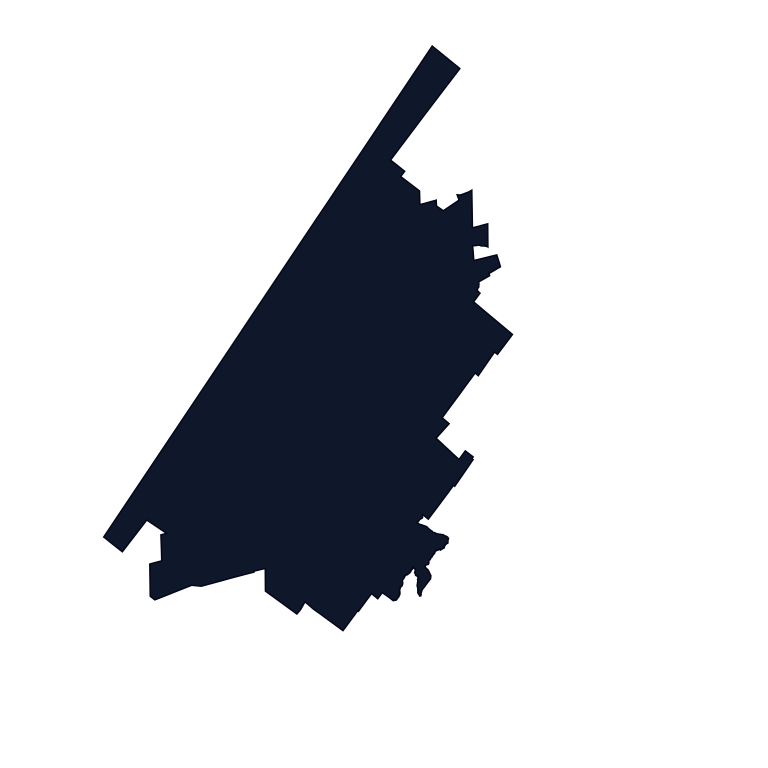 Mount Isa, Queensland, Australia (Equal Earth projection), rotated 34°
{"feature_id": "25037944B13114344079677", "entity_name": "Mount Isa", "entity_type": "district", "adm_level": 2, "iso_a3": "AUS", "parent_name": "Australia", "parent_adm1": "Queensland", "projection": "equal_earth", "projection_center": [139.561, -19.747], "detail": "fine", "context": "isolated", "style": "filled", "palette": "ink", "viewbox_px": 768, "rotation_deg": 34, "n_neighbors": 0, "source": "geoboundaries", "source_scale": "gbopen_adm2", "svg_char_len": 5772}
<svg xmlns="http://www.w3.org/2000/svg" viewBox="0 0 768 768"><g transform="rotate(34 384 384)"><path d="M463.2,610.4L464.5,610.5L467.4,610.6L487.9,611.4L489.0,586.7L489.9,586.7L490.4,574.6L490.6,570.2L490.9,564.7L498.9,565.5L499.2,557.9L508.0,558.1L512.8,558.5L513.3,557.8L513.6,557.7L513.8,557.4L514.0,556.8L514.1,556.7L514.4,556.8L514.7,556.7L515.0,556.2L515.0,555.5L515.0,555.0L515.1,554.7L515.0,554.4L514.9,554.1L514.9,553.9L515.1,553.6L515.0,553.2L515.1,552.9L515.3,552.5L515.2,551.9L515.0,551.6L515.0,551.1L514.8,550.8L514.7,550.4L514.9,550.1L514.9,549.8L514.8,549.6L514.4,549.3L514.4,548.8L514.2,548.4L513.6,548.7L513.4,548.4L513.3,548.2L513.4,547.8L513.3,547.4L513.2,547.1L512.9,546.9L512.6,546.8L512.5,546.4L511.9,545.7L512.0,545.1L511.8,544.6L511.5,544.5L511.2,544.5L511.4,543.7L511.3,543.3L511.5,543.0L511.4,542.4L511.7,541.9L511.8,541.0L511.6,540.3L511.4,539.9L511.4,539.5L510.9,538.7L510.7,538.3L510.3,537.9L510.2,537.9L509.8,537.4L509.5,537.1L509.3,537.0L509.2,536.7L509.0,536.0L509.1,535.3L509.0,535.2L509.1,534.4L509.2,533.7L509.1,533.2L508.9,532.9L509.0,532.7L508.8,532.3L508.3,531.9L508.4,531.7L508.6,531.6L508.7,531.4L508.9,531.2L509.1,530.8L509.1,530.6L508.9,530.6L508.8,530.1L509.0,529.8L509.0,529.5L509.3,529.5L509.5,529.4L509.9,529.2L510.1,529.0L510.2,528.8L510.1,528.3L510.1,528.1L510.4,527.8L510.7,526.9L510.8,526.4L511.0,526.2L510.9,525.9L510.8,525.3L511.1,525.1L511.1,524.8L510.9,524.3L510.9,523.5L510.8,523.3L510.8,522.7L510.8,522.1L511.0,522.0L511.0,521.6L510.8,521.3L510.8,521.0L510.6,520.6L510.6,520.2L510.5,519.6L511.9,520.1L514.0,520.3L514.2,521.2L514.3,521.6L514.4,521.9L514.5,522.2L514.6,522.4L514.7,522.5L515.0,523.5L515.5,523.4L516.4,523.9L516.8,524.7L517.4,524.9L518.5,524.9L519.0,524.4L519.8,524.7L520.0,525.0L520.3,525.5L520.6,525.5L520.9,525.6L521.0,525.8L521.0,526.7L521.0,527.0L521.4,527.1L521.4,527.4L521.7,527.5L522.9,529.9L523.5,531.2L523.8,531.9L523.9,532.2L524.3,532.7L525.3,533.7L526.6,534.8L526.9,535.5L527.2,536.0L527.6,536.4L527.9,536.9L528.1,536.9L528.4,537.2L528.5,537.2L528.5,537.4L528.6,538.0L529.7,538.7L529.8,538.7L532.0,539.6L532.2,539.8L533.0,539.0L532.7,538.1L532.0,537.2L531.8,536.8L530.9,533.9L530.6,533.6L531.0,529.6L531.1,525.7L531.3,522.7L531.4,521.2L531.4,520.8L531.6,519.7L530.1,516.7L529.8,516.6L529.6,516.4L528.6,516.0L528.5,515.8L527.8,515.4L527.5,515.2L524.5,513.5L523.2,513.3L520.8,512.9L520.2,512.1L520.1,511.9L520.0,511.7L520.0,510.7L520.6,509.7L521.1,509.1L521.4,509.1L521.5,509.0L521.6,508.3L521.3,507.9L521.3,507.4L519.9,505.2L520.0,504.6L520.2,504.4L520.3,504.3L520.2,504.1L520.4,503.1L520.1,502.7L520.0,502.4L519.9,502.3L519.8,502.1L519.9,501.9L520.1,502.0L520.1,501.6L520.4,501.3L520.4,501.0L520.4,500.9L520.5,500.6L520.4,500.2L520.2,499.7L520.2,499.3L520.3,499.0L520.3,498.9L520.2,498.7L520.3,498.4L520.2,498.3L520.2,498.2L520.5,497.6L520.5,496.6L520.6,496.3L520.5,495.9L520.5,495.5L520.3,495.3L520.2,494.7L520.1,494.0L520.1,493.5L520.2,492.9L520.6,493.0L520.7,492.7L520.8,492.6L520.9,492.2L521.0,491.7L521.3,491.9L521.6,491.7L521.7,491.3L521.8,491.0L521.8,490.7L521.8,490.2L522.0,490.1L522.0,489.9L522.3,489.8L522.8,490.2L523.0,490.2L523.3,490.1L523.6,490.2L523.8,490.1L523.9,489.9L523.7,488.9L523.7,488.6L523.8,488.5L524.2,488.4L524.6,488.3L524.7,488.0L524.9,487.2L525.1,486.8L525.6,486.2L525.0,485.1L524.9,484.7L525.0,484.3L524.8,483.8L524.7,483.7L524.9,483.2L524.8,482.8L525.1,482.3L525.1,481.9L524.9,481.7L524.9,481.3L525.3,481.0L525.8,480.6L525.9,480.1L525.3,479.2L525.0,478.8L524.9,478.4L524.6,478.2L524.3,478.0L524.3,477.7L524.2,477.6L524.2,476.7L524.0,476.1L523.4,475.7L522.2,475.4L520.9,475.3L519.2,475.9L517.5,475.8L511.6,478.6L508.7,479.0L507.6,479.8L506.2,479.1L504.3,479.2L500.3,478.7L500.2,478.6L499.1,478.4L489.7,480.9L489.5,480.2L489.4,480.0L489.4,479.5L489.4,477.3L489.3,476.8L489.4,476.4L489.7,475.5L490.6,474.1L490.6,473.3L490.5,472.8L490.2,472.6L489.8,472.0L489.5,471.9L489.0,471.4L489.2,470.6L489.9,470.6L496.3,471.3L497.0,457.9L497.1,455.9L497.4,449.3L497.8,440.4L497.9,440.0L498.2,429.2L499.8,429.3L500.0,411.9L500.1,396.8L498.5,396.6L498.7,394.6L493.8,394.3L493.7,394.3L488.8,394.0L488.4,404.6L479.3,403.3L477.9,403.0L468.8,401.6L457.5,399.8L457.8,397.6L460.2,380.5L451.1,379.5L451.6,366.3L452.3,351.2L452.7,339.7L453.4,323.9L457.5,324.4L457.6,310.7L457.8,295.7L461.5,296.0L462.8,271.1L432.8,268.0L412.3,265.8L412.8,255.3L412.8,255.0L409.8,254.6L408.2,253.1L408.4,250.8L406.7,247.9L405.4,246.4L411.0,235.1L409.2,233.7L413.6,224.6L415.0,221.7L412.1,219.3L405.3,213.9L389.4,231.4L384.1,224.7L380.4,220.1L380.2,219.8L380.1,219.7L380.5,219.6L380.8,219.5L381.2,219.2L381.6,218.7L382.1,218.3L383.0,217.7L383.6,217.2L383.9,216.7L384.5,216.2L385.3,215.7L386.3,215.4L387.1,215.3L387.4,215.1L388.6,214.4L389.3,213.9L390.6,213.2L391.9,212.7L392.3,212.5L393.1,212.3L393.5,212.3L380.4,193.2L370.0,205.1L348.4,174.2L347.1,177.0L342.6,183.4L341.1,185.0L338.8,186.2L343.4,189.6L336.3,207.2L328.0,207.1L324.5,202.5L324.4,202.4L324.0,203.1L321.3,206.1L317.6,210.5L316.2,212.1L313.4,215.2L305.5,204.1L281.8,202.7L282.2,196.1L264.2,194.7L266.5,149.9L267.0,140.0L268.1,120.8L268.4,115.5L268.8,108.5L270.5,80.1L235.0,76.9L235.3,162.9L235.3,169.8L235.4,175.3L235.5,199.8L235.6,250.2L235.7,256.9L235.7,282.5L235.7,285.4L236.2,413.7L236.3,425.0L236.6,498.6L237.0,612.5L237.2,667.6L237.8,667.6L249.8,668.6L260.9,669.4L261.7,656.3L261.7,656.2L263.4,629.4L279.0,629.4L287.3,629.4L283.4,633.8L292.7,646.6L298.6,654.9L290.5,664.2L308.9,690.7L314.7,691.1L318.6,685.5L332.9,664.5L337.1,658.4L345.6,653.8L356.0,641.8L366.6,629.4L379.9,614.3L381.4,612.7L380.8,611.9L388.7,603.3L401.5,622.0L440.4,623.4L441.0,617.5L440.3,608.8L446.8,609.5L449.1,609.8L450.0,609.9L451.8,610.1L460.5,610.3L461.1,610.3L461.5,610.3L461.9,610.4L463.2,610.4Z" fill="#0f172a" stroke="#020617" stroke-width="1.5"/></g></svg>